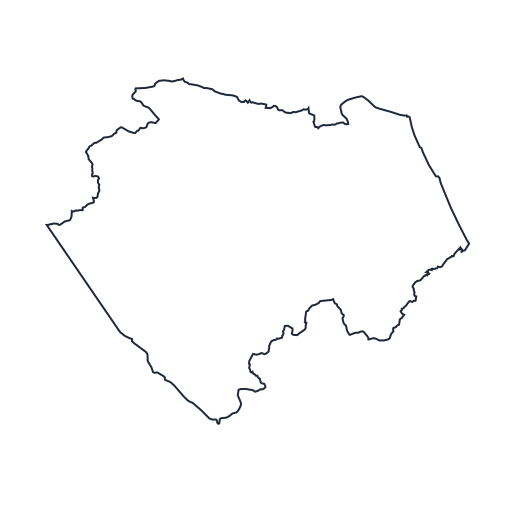 Bo Trach, Quảng Bình, Vietnam, rotated 5°
{"feature_id": "81297802B63375818356773", "entity_name": "Bo Trach", "entity_type": "district", "adm_level": 2, "iso_a3": "VNM", "parent_name": "Vietnam", "parent_adm1": "Quảng Bình", "projection": "orthographic", "projection_center": [106.315, 17.487], "detail": "fine", "context": "isolated", "style": "outline", "palette": "slate", "viewbox_px": 512, "rotation_deg": 5, "n_neighbors": 0, "source": "geoboundaries", "source_scale": "gbopen_adm2", "svg_char_len": 6048}
<svg xmlns="http://www.w3.org/2000/svg" viewBox="0 0 512 512"><g transform="rotate(5 256 256)"><path d="M223.6,99.5L222.3,98.8L218.6,98.0L211.2,98.0L209.3,97.5L207.2,97.4L200.6,95.6L198.1,93.8L197.3,93.6L192.3,93.0L189.5,93.2L187.9,92.5L182.9,91.1L174.8,90.5L174.0,90.3L172.7,89.3L170.1,88.7L169.4,88.2L168.3,86.8L167.8,85.6L165.9,86.8L162.1,87.7L159.3,89.0L158.4,89.0L157.3,89.4L155.9,89.5L155.0,89.1L149.0,89.0L144.3,89.9L142.3,91.4L140.5,93.2L140.2,95.0L139.8,95.6L138.8,96.1L131.4,98.2L121.6,99.5L121.3,100.2L121.9,102.4L119.1,106.0L118.8,107.0L118.9,108.3L119.5,109.9L121.2,110.4L121.9,111.1L123.2,111.7L126.5,112.0L128.0,112.5L130.6,115.7L131.5,116.3L135.4,117.4L137.3,118.5L142.9,124.2L147.0,127.9L147.3,128.5L144.4,132.3L139.6,131.8L137.3,132.7L136.5,133.7L135.7,136.9L135.0,137.6L133.2,138.4L131.8,138.6L129.7,138.4L127.9,141.3L126.8,141.6L124.9,144.0L124.2,144.2L118.5,143.0L111.8,139.9L110.5,139.5L109.7,139.8L106.5,142.7L106.1,143.5L106.1,145.4L104.1,146.5L101.8,149.2L98.4,150.4L94.4,151.2L93.7,151.5L92.1,153.5L86.9,157.2L85.3,157.3L82.4,160.3L80.5,161.5L79.8,163.3L77.6,166.7L77.6,167.5L78.8,168.8L80.3,171.4L80.9,174.2L84.1,177.3L85.2,179.0L84.8,181.3L85.4,183.4L85.4,185.3L86.1,187.4L85.6,189.2L85.6,190.4L85.8,190.8L86.9,191.0L89.2,190.2L91.7,190.6L92.9,192.5L92.1,193.6L91.9,194.9L92.5,197.2L93.7,198.9L93.3,201.1L94.2,204.1L94.2,204.9L93.3,206.9L92.8,211.1L92.0,212.0L89.8,212.4L88.5,212.2L89.7,215.3L89.8,216.3L89.5,216.9L84.4,218.8L81.5,221.9L79.3,222.9L79.1,223.3L79.4,225.3L79.1,225.6L76.6,225.6L74.1,226.5L72.9,226.2L70.2,227.7L68.6,227.2L68.8,232.8L67.9,235.7L67.2,236.7L63.3,237.9L61.7,238.9L58.4,241.7L57.3,242.3L56.8,242.2L55.4,241.2L51.4,241.3L49.8,242.0L48.1,242.3L47.0,242.9L44.8,243.3L127.1,343.5L132.0,346.9L136.9,348.8L139.8,349.5L139.9,351.8L142.0,353.4L154.4,361.0L156.0,362.5L156.6,364.2L157.2,369.7L157.9,371.0L161.5,376.0L163.5,380.5L164.8,381.2L167.7,380.6L168.5,380.9L174.8,384.0L175.8,385.0L175.8,386.4L176.2,387.3L181.6,389.0L185.8,392.1L196.3,402.3L200.4,405.7L202.3,406.7L205.6,407.8L215.1,414.6L223.7,421.9L226.6,422.7L230.3,422.4L231.2,423.0L232.2,425.8L233.1,426.4L233.8,426.1L234.1,425.1L234.1,422.2L234.5,421.1L235.7,420.6L240.6,419.6L243.5,417.7L246.2,415.0L250.2,413.5L251.6,411.8L253.5,407.5L254.0,405.1L253.7,403.4L250.0,396.4L250.3,390.8L251.9,390.0L257.3,389.3L264.7,390.0L266.9,391.3L269.3,390.3L272.3,388.3L273.8,388.3L274.7,388.0L276.8,386.0L276.8,385.4L276.4,384.4L275.3,382.6L273.2,382.4L271.7,381.6L270.5,377.8L269.3,377.4L268.2,376.2L267.8,375.2L266.3,375.3L265.1,374.0L263.6,373.6L262.6,371.6L261.3,372.4L260.9,372.3L259.8,369.4L258.9,368.0L259.4,364.7L258.7,364.3L258.4,363.5L258.5,361.0L261.6,353.8L265.0,354.3L268.1,353.3L269.7,352.2L273.2,353.0L274.3,352.5L276.6,350.4L276.9,350.0L276.9,347.7L277.2,346.6L276.9,344.7L278.3,340.3L279.1,339.4L281.1,338.2L282.8,337.9L284.2,336.3L285.2,336.6L289.0,335.1L289.2,332.9L289.6,332.6L290.1,331.2L290.1,330.3L289.4,328.8L290.4,326.9L290.8,323.2L293.8,322.7L298.6,325.0L298.9,326.5L298.5,330.2L299.7,331.2L300.8,331.3L303.2,331.3L304.2,331.0L306.6,328.6L310.7,325.3L311.7,323.6L311.6,320.7L312.0,318.0L310.7,318.0L310.3,317.3L310.7,315.8L310.4,314.8L310.8,307.3L311.1,306.7L312.6,306.0L314.0,303.1L316.0,300.8L316.5,300.3L319.0,299.6L321.2,298.3L322.9,297.0L323.3,295.8L324.4,295.2L333.5,293.5L335.7,292.9L336.6,292.3L338.2,295.6L338.9,296.3L340.8,297.1L341.3,298.7L345.1,302.2L346.4,305.8L348.6,307.2L348.5,308.6L347.6,310.5L348.2,312.7L349.1,315.0L350.0,316.2L351.7,317.6L353.3,322.6L355.9,326.3L356.8,326.2L361.0,324.1L362.3,323.7L364.6,323.5L366.7,322.3L368.2,321.8L369.6,322.0L373.9,326.2L375.0,327.8L375.3,329.3L380.3,327.6L382.5,327.9L386.7,329.5L388.3,329.1L390.3,329.1L395.1,327.5L396.4,326.3L397.2,322.6L397.8,321.3L399.5,319.0L398.9,316.8L399.2,315.6L401.4,314.8L402.6,313.0L404.5,311.9L404.8,306.7L406.7,304.8L408.7,301.6L406.7,300.8L404.9,298.6L405.0,298.2L406.0,297.3L405.8,295.8L407.5,295.2L408.1,294.0L409.8,292.4L411.4,289.6L412.9,287.5L413.4,287.5L415.7,288.2L417.2,286.8L418.5,286.8L418.9,286.5L419.2,282.3L417.6,281.9L417.2,281.3L416.9,280.2L417.1,278.3L416.0,276.0L416.1,274.7L414.8,273.3L414.6,272.3L416.8,268.5L418.9,266.8L420.9,266.3L422.2,265.5L425.1,261.4L425.9,260.7L426.4,260.9L427.0,260.4L427.9,260.3L427.7,259.8L428.0,259.2L429.2,259.3L430.1,258.6L428.4,257.2L428.5,256.7L427.4,256.9L429.3,254.7L430.7,254.4L432.3,254.7L432.3,253.4L432.7,253.3L432.8,253.7L434.5,253.4L437.4,252.4L437.9,251.8L438.0,250.8L440.8,251.0L442.5,249.8L443.0,248.4L446.8,242.3L448.4,241.4L449.8,240.1L450.9,239.7L451.1,238.9L452.8,239.0L453.6,236.4L458.8,229.6L459.3,230.3L458.6,231.2L458.6,231.6L459.7,231.1L460.4,231.3L460.7,231.8L460.4,233.9L460.7,233.9L461.8,232.6L463.3,232.3L463.7,231.9L467.2,225.2L464.4,221.4L455.9,207.9L446.0,191.2L434.0,167.9L432.7,164.7L432.2,162.7L430.6,160.8L429.1,161.0L428.0,160.7L420.1,150.0L413.1,137.9L411.4,134.0L409.7,133.3L409.4,132.8L403.5,122.2L400.1,114.3L397.0,104.4L396.4,104.0L395.4,103.7L394.4,104.1L393.9,102.9L391.3,103.2L386.9,102.8L377.9,100.7L366.2,98.5L362.9,97.7L361.2,96.9L353.8,91.0L349.2,88.2L347.3,87.6L341.2,89.5L334.7,92.1L332.3,93.5L329.3,96.2L327.6,98.0L327.1,99.3L327.0,100.4L329.0,106.8L329.7,107.7L334.4,111.5L335.6,113.9L336.4,116.4L334.9,116.8L333.2,116.8L331.1,115.4L327.8,116.0L326.5,116.7L325.4,116.7L323.5,118.1L322.6,118.4L320.9,118.3L318.4,119.1L313.8,119.8L312.4,119.5L310.2,120.3L308.2,121.6L306.8,123.3L305.8,122.2L304.1,122.3L303.5,122.0L301.5,117.2L302.2,116.4L302.2,114.0L301.8,110.9L297.3,109.5L296.4,109.0L295.4,104.1L294.7,105.3L294.2,105.5L292.4,105.9L290.6,105.7L288.9,107.0L283.0,109.3L280.3,109.3L279.3,110.1L277.7,110.7L276.9,110.8L275.4,110.4L274.2,110.8L272.1,110.1L269.4,108.4L266.8,108.8L265.6,108.5L263.6,105.6L262.0,104.8L260.6,104.9L259.4,106.2L257.5,107.4L252.7,107.6L253.2,104.8L252.9,104.2L248.0,103.7L245.3,104.3L242.1,103.8L239.3,103.1L238.1,103.7L237.2,103.2L236.0,101.4L234.5,104.0L233.3,102.7L232.1,101.9L231.1,102.5L230.6,103.6L228.2,103.9L225.5,102.6L223.6,100.0L223.6,99.5Z" fill="none" stroke="#1e293b" stroke-width="2"/></g></svg>